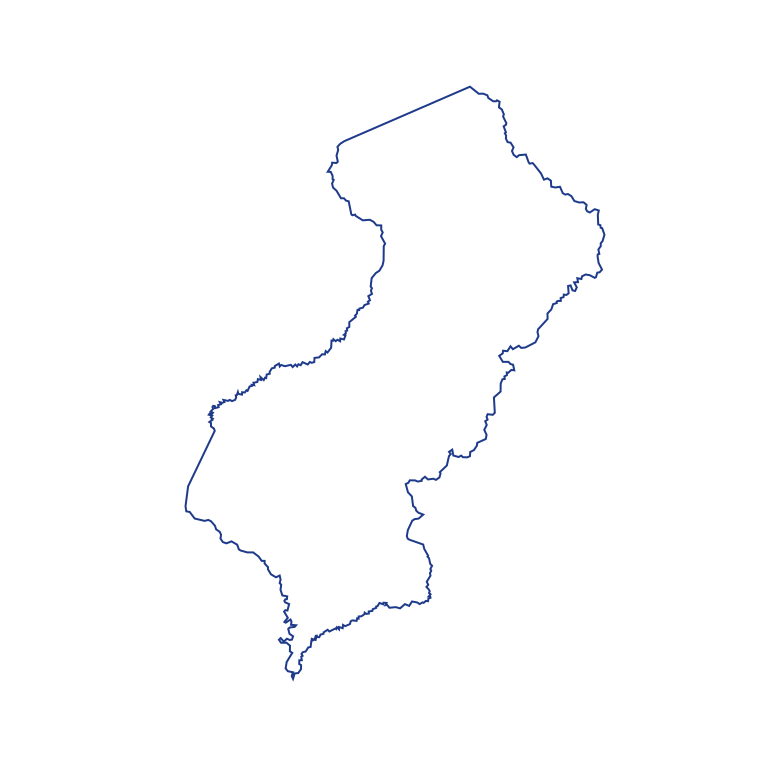 Pauini, Amazonas, Brazil, rotated 116°
{"feature_id": "56859067B82057358167154", "entity_name": "Pauini", "entity_type": "district", "adm_level": 2, "iso_a3": "BRA", "parent_name": "Brazil", "parent_adm1": "Amazonas", "projection": "albers", "projection_center": [-67.726, -7.765], "detail": "fine", "context": "isolated", "style": "outline", "palette": "blue", "viewbox_px": 768, "rotation_deg": 116, "n_neighbors": 0, "source": "geoboundaries", "source_scale": "gbopen_adm2", "svg_char_len": 6150}
<svg xmlns="http://www.w3.org/2000/svg" viewBox="0 0 768 768"><g transform="rotate(116 384 384)"><path d="M79.1,437.1L183.1,526.1L187.2,528.6L191.2,529.8L193.7,527.8L199.5,526.8L204.4,523.0L206.2,523.6L207.8,527.6L210.4,526.8L217.9,527.6L216.7,524.8L219.6,521.3L222.4,520.1L222.6,518.7L226.7,518.5L229.8,515.9L231.1,511.4L235.9,504.1L234.6,501.4L235.8,498.7L235.3,495.8L245.9,487.7L246.2,486.4L244.4,484.2L245.3,483.1L246.2,474.8L242.6,468.7L242.8,464.4L244.6,460.3L242.7,456.0L246.6,454.1L248.3,451.6L252.4,451.5L257.4,444.5L260.1,444.7L273.4,438.4L278.0,437.3L284.2,437.8L287.9,440.0L294.2,441.5L302.3,438.7L303.2,436.8L305.8,436.7L308.3,434.3L311.9,436.6L314.9,433.3L317.1,434.6L318.4,433.0L321.7,436.2L324.5,436.3L327.0,439.2L328.4,438.7L329.0,440.3L332.7,439.2L335.3,440.0L336.0,438.8L343.6,442.3L348.0,440.2L350.2,441.8L352.1,440.5L353.4,441.7L355.2,440.5L357.4,441.6L357.3,439.9L361.5,439.5L362.3,443.2L364.8,442.2L364.6,445.2L366.7,446.2L365.9,449.1L367.5,448.8L368.0,450.2L374.6,447.4L380.5,448.6L380.0,450.8L383.4,450.1L384.3,452.6L388.6,454.1L391.0,457.9L394.9,456.3L396.7,458.4L396.7,460.3L399.9,461.1L400.1,466.8L403.6,467.1L403.8,469.6L406.3,469.8L405.4,472.3L408.8,473.5L407.6,476.1L411.4,480.8L412.0,484.8L413.9,485.4L411.7,487.4L415.7,490.0L417.2,489.4L419.1,491.7L423.3,492.1L424.9,491.2L426.9,493.6L430.3,492.5L430.5,493.7L433.2,493.8L431.9,498.1L434.3,496.4L434.9,499.5L437.7,498.7L440.1,501.9L442.0,500.1L442.8,502.6L443.8,502.0L445.1,503.7L450.0,503.6L449.9,504.9L452.7,505.4L453.6,507.9L455.8,507.0L456.7,510.6L455.3,511.8L458.5,511.4L459.2,512.3L461.1,510.9L463.6,510.9L466.0,513.1L465.9,515.7L467.5,516.7L468.7,521.3L470.1,519.5L471.8,521.0L472.3,523.6L473.7,521.7L475.7,523.9L477.3,522.5L479.7,525.2L478.0,526.4L478.5,527.9L479.9,528.1L480.9,526.6L484.8,527.7L484.8,525.2L486.7,525.7L486.9,527.7L488.4,528.0L487.8,524.6L489.8,525.1L490.2,522.8L491.1,523.4L491.5,522.5L494.7,524.3L494.9,522.4L498.0,520.9L498.6,517.3L500.3,515.6L561.9,515.2L580.9,508.8L585.1,505.9L584.2,502.5L587.9,495.2L585.7,485.3L583.2,482.3L583.2,479.3L585.5,473.8L588.2,471.2L588.9,466.8L590.9,464.4L594.6,463.2L596.7,459.6L596.3,455.8L592.3,452.1L592.8,445.5L596.3,441.9L596.5,439.9L595.3,433.1L592.7,427.8L594.1,420.9L596.6,416.4L595.3,413.8L597.7,412.6L599.5,407.9L601.4,407.1L604.6,402.2L605.1,396.4L601.9,393.8L605.0,391.3L608.8,390.4L609.3,388.5L614.3,386.8L618.6,382.7L617.3,377.9L620.0,377.0L620.8,378.3L622.6,378.5L623.6,377.1L623.4,372.8L629.9,371.5L630.6,373.6L632.4,374.0L636.3,368.0L641.5,369.2L641.6,367.7L636.7,364.8L638.1,363.0L641.2,362.0L639.4,357.3L641.4,357.8L644.2,362.0L646.1,362.7L650.0,359.4L650.6,355.1L654.1,354.7L655.4,356.5L655.5,359.6L659.4,361.1L657.7,365.5L659.9,366.3L661.7,363.1L659.3,358.3L660.4,353.8L665.5,351.4L665.9,348.6L676.6,349.6L682.8,347.7L684.3,344.5L683.0,339.4L686.8,339.0L688.9,336.5L683.3,337.4L681.4,334.4L676.7,333.6L673.0,335.3L672.8,337.5L669.4,339.0L668.3,336.8L665.4,338.8L664.0,338.0L662.9,339.8L660.8,339.5L658.7,337.1L654.0,336.6L652.5,334.7L646.9,336.6L645.5,335.5L645.8,336.9L644.7,337.2L644.1,333.3L642.5,333.6L643.2,334.5L640.2,334.9L639.8,334.2L641.2,334.1L639.9,331.2L637.0,331.2L635.1,328.9L633.7,329.4L629.6,326.9L630.4,324.6L624.9,320.4L625.2,319.6L623.3,319.7L624.2,317.0L622.2,318.0L621.6,314.1L618.5,315.2L618.7,312.8L614.8,309.4L611.8,309.9L610.4,308.9L608.9,304.8L606.3,305.4L606.1,304.0L604.0,304.8L602.7,302.5L599.5,300.7L598.0,301.1L598.4,299.2L597.0,297.0L595.1,298.0L593.1,295.0L591.3,295.4L588.7,292.9L587.5,293.5L586.4,292.4L582.8,292.1L582.4,288.3L580.8,288.6L579.7,285.8L582.1,285.8L581.1,284.6L582.7,281.0L579.4,275.6L578.6,271.2L572.7,268.7L572.4,264.1L567.2,263.5L565.8,258.4L566.2,255.5L563.4,253.6L563.3,252.4L560.6,251.3L559.9,249.2L557.4,250.0L555.7,248.5L554.5,249.6L555.1,250.6L552.6,250.0L552.1,251.9L550.2,252.1L549.1,253.5L547.8,256.9L545.1,256.2L543.0,258.9L535.9,258.2L534.0,259.7L531.1,259.7L530.1,261.2L526.3,261.1L525.4,263.6L520.8,267.2L520.1,269.2L519.0,269.1L514.6,275.5L511.1,278.4L512.8,292.8L512.6,294.9L510.7,296.8L504.9,298.5L494.5,298.7L492.1,297.3L489.8,293.9L484.2,291.5L484.6,296.7L483.7,299.5L481.5,301.5L481.0,304.3L472.8,309.7L470.8,315.0L464.4,320.6L462.1,318.8L459.3,318.6L457.0,313.8L456.9,311.0L454.6,307.7L453.3,308.3L449.4,306.5L450.5,302.6L447.5,298.1L447.4,295.3L443.7,293.2L439.5,294.0L438.8,295.2L429.7,291.8L420.3,294.0L417.7,293.3L416.5,295.8L413.1,293.9L417.9,290.3L416.9,284.9L414.5,283.2L415.2,281.0L413.4,277.0L411.2,275.1L407.3,276.7L404.0,274.2L398.6,273.5L396.0,274.4L388.8,268.4L384.8,269.5L381.2,273.8L375.8,273.7L373.1,276.7L370.6,275.3L368.6,277.4L365.7,277.6L364.0,272.7L361.3,271.8L347.9,279.3L339.7,275.9L332.5,279.3L327.8,279.6L326.5,277.7L324.4,279.1L322.2,277.4L319.8,278.7L319.5,277.3L315.5,275.7L314.6,272.9L310.1,276.4L310.6,279.2L309.5,281.8L312.0,286.9L308.2,292.8L304.5,290.7L301.9,291.6L300.4,287.5L294.7,286.8L296.2,283.4L290.5,279.6L291.4,276.5L289.3,273.0L280.2,266.2L273.3,266.1L270.1,268.8L267.3,269.5L253.8,265.5L248.9,268.0L243.7,266.3L238.1,267.0L235.5,264.2L234.3,264.9L233.1,264.1L231.8,261.5L229.3,262.9L227.2,260.7L224.8,261.6L224.0,259.1L221.6,257.8L215.2,261.5L213.6,259.5L217.2,255.6L216.6,253.0L212.6,253.1L209.3,257.7L207.4,254.3L204.2,256.6L203.1,252.6L200.4,253.2L197.2,250.8L196.0,246.7L196.2,241.2L195.1,240.3L190.4,241.1L189.1,239.2L185.6,238.2L181.2,244.1L175.5,248.1L173.8,248.7L172.7,247.5L169.1,250.3L165.1,249.6L162.5,250.9L159.7,250.2L153.2,251.3L148.3,256.2L148.6,257.7L146.4,259.2L146.7,261.4L138.2,266.0L133.9,267.0L134.5,271.2L139.6,274.2L139.7,277.1L138.2,279.3L134.2,280.4L133.2,284.3L135.3,288.1L136.1,293.1L133.0,297.9L132.6,301.9L134.3,304.2L134.1,307.0L129.6,312.3L132.3,316.2L133.3,320.2L128.1,323.1L127.5,327.2L130.2,329.8L125.9,335.2L120.7,346.0L120.3,347.3L122.1,349.7L121.5,351.0L115.6,357.1L119.1,362.9L121.9,364.1L121.2,367.9L118.5,371.1L114.5,371.3L111.6,376.0L112.4,378.9L109.9,382.1L107.2,383.1L105.7,385.3L104.4,384.7L100.0,389.4L97.4,388.0L95.9,388.4L91.4,394.2L89.1,394.5L85.6,398.4L85.0,401.9L79.6,403.9L79.5,406.8L80.8,407.2L82.0,409.9L81.2,415.6L79.2,417.7L79.6,422.2L81.6,426.0L79.1,437.1Z" fill="none" stroke="#1e3a8a" stroke-width="2"/></g></svg>